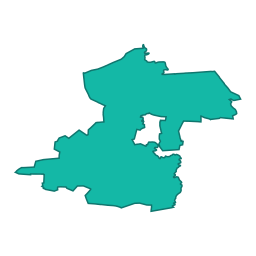 Viļānu pag., Vilanu, Latvia
{"feature_id": "27541924B60521943034244", "entity_name": "Viļānu pag.", "entity_type": "district", "adm_level": 2, "iso_a3": "LVA", "parent_name": "Latvia", "parent_adm1": "Vilanu", "projection": "equal_earth", "projection_center": [26.923, 56.553], "detail": "fine", "context": "isolated", "style": "filled", "palette": "teal", "viewbox_px": 256, "rotation_deg": 0, "n_neighbors": 0, "source": "geoboundaries", "source_scale": "gbopen_adm2", "svg_char_len": 5851}
<svg xmlns="http://www.w3.org/2000/svg" viewBox="0 0 256 256"><path d="M155.0,154.0L153.6,152.6L152.9,151.6L153.1,151.2L154.9,150.9L156.0,150.5L156.5,150.1L156.4,149.7L155.4,149.1L154.5,148.3L154.7,147.8L155.0,147.5L155.6,147.4L156.8,147.5L157.5,147.4L158.3,145.7L156.9,143.8L154.8,142.3L152.6,142.0L150.5,142.1L149.9,142.2L149.0,142.0L148.4,142.7L147.5,144.7L146.4,144.7L146.1,146.1L145.8,146.2L140.5,143.8L137.6,144.3L137.3,144.2L134.8,144.7L132.1,139.6L134.3,139.0L136.8,129.4L140.1,130.1L140.8,129.3L141.7,128.7L142.9,128.1L144.0,127.8L144.5,127.5L144.7,127.3L144.5,126.3L144.3,125.7L144.5,124.9L144.4,124.7L144.1,124.5L143.1,124.1L142.7,123.9L143.2,123.1L143.3,122.8L143.2,122.4L143.7,121.6L143.5,121.4L142.5,121.4L141.8,121.1L141.8,120.8L142.6,120.6L143.3,120.5L143.4,120.3L143.2,119.8L142.7,119.4L142.9,119.2L143.0,118.8L143.2,118.3L142.9,117.6L142.7,117.7L142.5,117.2L142.3,117.1L141.6,117.0L141.9,117.2L141.9,117.3L140.5,117.2L140.5,116.9L140.8,116.0L141.1,115.7L142.7,115.1L145.3,114.8L146.5,113.7L147.1,113.5L147.8,113.6L148.3,113.5L148.9,113.3L149.2,112.9L150.2,113.6L150.5,113.7L150.2,113.4L151.4,114.2L153.7,115.0L155.5,115.4L159.6,116.3L161.3,116.6L163.3,116.7L166.1,116.8L165.9,117.8L165.9,118.4L165.6,119.6L165.3,120.5L160.6,120.3L160.6,120.7L160.4,120.6L160.1,121.7L159.9,122.0L159.9,125.9L161.0,130.7L161.0,131.0L161.4,132.3L161.6,133.4L159.6,133.9L159.3,136.0L159.3,139.1L160.4,141.2L158.7,144.4L159.4,145.3L159.4,145.9L159.9,147.0L162.7,150.7L179.0,149.6L179.9,145.4L182.6,144.8L183.1,141.4L181.4,141.3L181.6,140.5L180.8,140.5L180.4,138.6L180.0,137.9L180.0,137.3L178.5,130.9L178.7,130.7L182.2,123.6L183.6,121.1L188.6,121.2L197.3,121.6L200.9,121.9L201.0,120.2L200.9,116.1L201.1,116.1L204.7,117.7L209.5,118.9L210.5,119.6L210.8,119.4L211.4,119.3L219.2,118.4L220.4,117.6L231.1,118.7L233.2,118.9L232.6,115.8L235.7,114.4L236.7,113.6L236.4,111.6L235.3,109.5L233.4,108.1L231.2,105.9L230.6,103.8L231.7,101.9L231.7,101.7L229.3,99.5L230.9,99.0L233.4,100.4L234.3,100.4L240.6,99.1L238.8,95.6L230.8,91.9L230.2,91.2L227.7,87.8L224.4,84.2L224.3,83.9L224.3,83.6L219.7,77.9L219.1,76.8L214.6,71.3L211.9,71.6L211.2,71.4L192.1,72.8L185.5,73.1L183.9,73.3L176.7,73.7L175.3,74.0L175.0,74.1L174.9,73.8L165.6,74.4L165.2,74.5L162.2,74.4L162.1,74.0L162.3,73.7L163.6,73.0L163.9,72.7L163.9,72.2L163.6,71.1L163.6,70.7L163.6,70.4L163.8,70.1L164.5,69.8L165.3,69.6L165.9,69.7L167.3,70.0L167.9,69.9L168.1,69.6L168.1,69.2L167.0,67.9L166.1,66.5L165.8,65.9L165.4,63.7L165.0,62.4L164.5,62.1L163.9,61.9L162.2,61.9L158.9,62.0L157.6,62.3L155.7,63.0L155.2,62.9L155.0,62.5L154.7,61.6L154.5,61.4L153.7,61.4L150.5,62.3L148.8,62.3L147.8,62.1L147.1,61.8L146.6,60.9L145.4,60.2L144.8,59.7L144.7,59.5L145.0,57.7L144.7,56.0L144.8,55.3L145.1,55.0L146.2,54.9L147.8,54.4L148.7,53.8L149.0,53.4L149.0,53.2L148.9,53.1L148.3,53.0L145.3,53.4L144.9,53.4L144.6,53.1L144.5,52.7L144.5,52.3L144.8,52.0L145.8,51.4L146.4,50.6L146.6,49.8L146.5,49.0L146.2,48.6L145.2,48.1L144.2,46.9L143.8,45.7L143.5,44.7L143.2,44.7L142.7,46.0L143.2,48.1L142.3,48.3L134.7,48.9L126.1,53.6L124.3,56.6L121.3,59.2L113.2,62.5L103.7,66.8L97.8,69.1L91.4,70.4L84.7,73.2L84.1,72.9L83.4,72.9L83.3,73.0L84.6,84.7L85.0,87.2L85.1,87.8L85.6,88.9L88.3,94.2L89.3,96.7L90.2,98.2L90.9,99.0L97.8,102.2L98.3,102.6L100.3,103.4L102.7,104.6L105.4,105.8L103.7,108.4L103.2,112.4L103.3,113.1L103.2,114.0L103.2,114.7L103.6,117.5L103.9,121.9L97.6,122.5L97.6,122.4L96.1,122.6L95.5,123.1L95.3,123.5L94.8,123.9L90.1,128.4L89.6,128.7L88.3,130.0L88.3,131.1L88.1,134.6L86.8,135.3L79.1,130.1L68.8,138.3L65.1,135.8L59.2,138.0L58.1,139.7L57.4,141.2L55.1,142.0L54.3,149.1L59.8,152.0L59.2,155.2L59.1,158.2L43.5,159.6L35.8,161.3L34.2,167.1L24.1,167.6L21.5,167.6L18.8,169.2L16.9,170.7L15.7,172.1L15.4,172.3L18.9,173.9L28.7,174.6L30.6,174.7L30.6,174.0L43.3,174.1L43.5,174.5L44.2,174.6L43.8,182.9L42.3,183.2L42.8,185.7L41.9,186.3L43.3,187.3L43.8,187.8L43.8,188.0L43.5,188.4L45.0,189.0L45.5,189.4L54.3,191.1L57.7,189.8L57.5,187.9L58.0,186.9L60.8,186.8L66.0,187.0L66.9,188.3L73.0,190.9L77.4,186.0L83.4,185.9L90.6,188.8L90.7,189.5L86.6,194.1L85.2,195.5L86.3,198.8L88.2,203.4L95.2,203.9L100.2,204.5L101.3,204.5L107.5,205.2L113.2,205.6L115.5,205.9L117.6,206.4L120.6,207.4L121.2,207.9L134.7,203.3L139.6,203.1L146.9,205.0L151.5,205.1L151.6,207.0L151.2,209.8L151.1,211.3L171.6,207.7L173.5,207.2L172.5,206.4L172.4,206.0L172.8,205.6L174.2,205.1L174.9,204.8L175.0,204.5L174.8,204.1L173.7,203.4L173.6,203.2L174.0,202.9L175.2,202.7L175.5,202.5L175.5,202.3L174.7,200.7L174.6,200.3L174.9,199.5L175.8,198.1L175.7,197.1L175.9,196.6L176.3,195.9L177.1,194.8L178.5,193.6L179.9,192.7L180.4,192.2L180.8,191.4L181.1,190.5L181.0,188.4L181.1,187.8L181.8,186.7L182.0,186.0L181.9,185.0L180.8,184.5L180.5,184.2L180.4,184.0L180.6,183.5L181.6,182.7L181.6,182.3L181.2,181.7L179.6,180.2L179.3,179.7L178.3,177.3L177.6,177.0L176.7,176.8L175.9,177.0L174.7,177.6L174.1,177.6L173.7,177.4L173.5,177.0L173.8,176.5L175.2,175.4L175.3,175.1L175.3,174.8L175.2,174.6L174.3,174.1L174.2,173.9L174.2,173.7L174.4,173.4L175.8,171.9L176.2,171.5L176.2,171.1L176.1,170.4L177.0,168.2L177.4,167.9L178.4,167.3L178.9,166.6L180.4,165.8L180.4,165.4L178.7,164.8L178.4,164.6L178.2,164.1L178.3,163.7L178.6,163.6L180.6,162.8L180.8,162.3L180.6,161.3L180.1,160.6L179.1,159.9L179.1,159.5L179.1,159.3L179.5,158.9L179.8,158.8L181.0,158.7L181.2,158.4L181.1,158.1L180.7,157.8L180.2,157.1L179.9,156.3L179.7,156.0L178.3,155.1L176.8,154.5L176.2,154.5L175.5,154.9L175.1,155.0L174.0,154.3L173.5,154.2L172.7,154.4L172.0,155.2L170.4,155.7L169.9,156.4L169.4,156.6L167.2,156.7L166.8,156.6L166.0,156.2L165.5,156.1L165.1,156.7L164.9,157.3L164.4,157.7L163.8,157.7L163.4,157.7L162.2,157.3L161.7,156.9L161.3,156.8L161.1,156.9L160.8,157.0L160.6,157.4L160.4,158.4L160.1,158.6L159.6,158.5L159.2,158.3L158.6,157.1L157.9,156.3L157.2,155.7L155.8,155.1L155.5,154.9L155.1,154.4L155.0,154.0Z" fill="#14b8a6" stroke="#0f766e" stroke-width="1.5"/></svg>